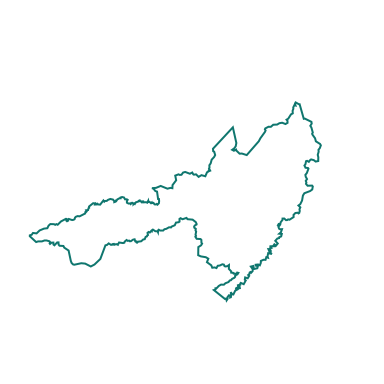 the district of Vinces, Los Rios, Ecuador, rotated 218°
{"feature_id": "8360857B65824722348178", "entity_name": "Vinces", "entity_type": "district", "adm_level": 2, "iso_a3": "ECU", "parent_name": "Ecuador", "parent_adm1": "Los Rios", "projection": "natural_earth1", "projection_center": [-79.685, -1.523], "detail": "fine", "context": "isolated", "style": "outline", "palette": "teal", "viewbox_px": 384, "rotation_deg": 218, "n_neighbors": 0, "source": "geoboundaries", "source_scale": "gbopen_adm2", "svg_char_len": 6012}
<svg xmlns="http://www.w3.org/2000/svg" viewBox="0 0 384 384"><g transform="rotate(218 192 192)"><path d="M242.2,145.8L244.0,145.0L244.9,143.7L244.4,143.1L245.3,142.4L246.3,140.1L246.1,138.3L246.7,138.2L246.4,137.1L247.0,136.2L247.5,136.9L249.6,137.4L252.1,136.2L253.4,134.0L253.7,132.5L255.1,131.3L255.2,130.4L256.6,130.8L256.6,125.5L258.5,124.3L259.2,124.5L259.4,123.7L260.7,123.7L260.5,123.1L261.1,123.2L261.2,122.7L261.6,123.2L263.0,122.3L264.2,117.2L263.3,116.2L263.6,115.6L262.8,113.8L264.0,112.6L263.4,112.4L263.7,111.4L263.1,111.4L263.3,109.6L263.0,109.2L265.6,103.6L267.3,102.6L268.3,100.9L268.4,99.8L267.8,98.3L268.2,97.2L269.2,96.1L272.5,94.9L272.6,93.7L272.0,93.1L272.5,92.0L273.4,92.1L274.2,93.5L274.8,93.3L277.1,88.2L277.7,83.5L279.1,83.2L279.6,81.9L280.9,81.7L283.9,79.5L284.3,77.2L283.7,74.4L286.1,72.0L288.4,67.9L289.0,63.7L292.1,61.8L292.0,59.6L293.1,58.0L292.6,57.3L284.0,56.6L282.8,58.4L279.9,60.6L278.4,63.0L276.9,64.2L274.0,65.4L272.9,65.2L272.6,63.9L271.9,63.7L271.5,65.6L270.1,66.8L268.8,65.3L267.6,65.3L267.2,69.3L266.2,70.1L264.7,68.4L263.3,68.1L260.1,70.3L258.4,69.5L253.2,69.9L245.2,63.2L243.3,62.0L241.2,61.7L240.0,62.2L235.4,67.7L232.1,69.8L225.9,71.0L224.2,74.8L223.0,82.8L227.4,96.7L226.4,97.9L226.0,100.2L223.2,100.5L222.7,101.5L222.0,101.7L222.2,102.4L221.5,103.1L220.6,102.8L219.7,104.2L218.2,104.7L218.6,105.1L218.1,105.8L218.4,107.3L214.9,109.3L214.1,110.4L214.5,111.4L214.0,113.9L212.6,113.9L211.6,115.0L210.7,114.9L209.9,115.6L209.1,118.2L208.1,119.4L206.4,118.2L205.5,118.8L204.9,118.1L204.1,118.2L203.8,119.8L201.7,121.9L201.2,124.6L200.2,125.7L200.9,128.1L200.2,129.3L200.5,130.0L200.2,131.0L201.9,132.4L201.6,133.8L200.3,134.1L200.2,136.1L199.4,136.2L200.0,137.6L199.7,138.3L196.8,138.5L194.9,139.8L194.1,139.4L195.1,140.9L195.0,141.8L193.4,142.0L191.0,143.9L190.8,145.7L189.6,147.1L188.4,150.0L186.7,151.2L186.8,152.1L185.1,155.2L185.8,158.0L183.9,160.0L183.6,161.0L185.3,163.1L184.9,164.3L182.7,164.7L180.4,168.2L178.8,167.8L174.5,170.6L170.5,170.6L168.6,169.6L168.4,169.2L169.2,167.3L169.0,166.0L168.2,165.3L166.3,165.3L165.6,163.9L164.4,163.4L162.9,160.5L161.8,159.9L161.8,158.8L159.5,158.0L156.3,160.2L155.1,160.0L153.3,157.8L152.3,157.6L152.0,155.6L153.1,152.5L148.2,146.0L145.4,146.7L141.0,149.1L138.1,149.5L137.0,145.9L131.7,146.1L129.4,144.8L127.7,146.5L125.9,147.1L126.3,149.7L124.8,151.2L123.6,153.7L122.2,154.4L120.7,153.6L119.8,153.9L118.5,155.3L117.9,157.2L115.6,154.1L112.3,153.6L111.5,152.6L109.8,153.6L109.0,153.3L108.2,154.1L107.1,154.2L106.6,155.2L106.8,156.3L105.7,156.8L105.5,155.1L106.6,152.8L105.8,151.8L105.8,150.5L106.9,148.3L107.0,146.5L107.8,145.5L107.8,143.5L109.5,140.7L109.8,138.6L112.1,136.9L113.1,134.4L113.3,131.7L114.2,130.6L113.5,130.1L113.6,129.5L114.4,128.2L100.2,128.0L99.5,129.1L98.0,127.9L98.1,129.5L99.3,131.2L99.3,133.4L97.9,133.9L97.0,132.4L96.6,133.0L97.6,134.8L99.8,136.9L97.2,136.2L96.3,136.7L97.2,140.8L96.3,142.9L97.8,142.9L98.0,143.4L97.8,144.0L95.9,144.8L95.1,145.7L96.2,146.7L97.1,145.5L98.4,146.8L96.9,148.7L97.6,149.6L97.6,150.4L94.5,151.2L95.2,155.4L96.4,155.4L97.5,157.4L95.0,158.3L95.3,161.1L96.6,161.2L96.3,162.7L97.0,164.1L96.6,165.0L95.7,164.8L95.5,166.9L96.7,168.6L99.7,169.5L98.1,171.5L95.8,169.4L93.6,172.1L94.4,174.1L96.3,173.3L97.0,173.9L95.3,175.6L93.4,176.0L94.1,178.4L95.3,180.1L93.8,182.8L92.3,183.8L93.3,186.4L91.7,187.0L92.9,187.8L94.3,190.7L90.9,192.3L92.7,192.4L93.3,193.3L94.5,192.8L96.4,193.9L94.7,194.6L95.9,195.2L95.0,196.8L96.4,196.9L96.8,197.5L94.8,199.2L94.9,201.5L93.7,201.5L93.4,200.2L92.8,200.7L92.7,204.2L96.3,204.8L96.1,207.9L95.0,209.3L95.4,210.1L94.4,211.9L95.4,214.2L97.5,212.9L97.1,214.9L98.2,218.1L99.6,216.9L100.8,216.7L102.6,217.9L102.4,219.2L103.8,218.8L104.0,220.2L102.7,221.2L103.5,222.7L103.5,225.7L104.3,226.8L103.0,227.9L100.6,227.7L99.7,228.5L99.4,229.6L98.1,230.2L96.5,234.8L97.9,236.5L97.6,239.1L95.9,240.8L94.9,240.7L94.6,241.5L95.4,243.4L96.7,244.6L97.2,246.6L99.8,246.9L99.2,249.1L100.0,253.0L102.4,257.5L102.7,260.2L99.5,265.5L98.8,268.0L100.2,270.7L101.3,271.0L104.8,268.1L107.2,268.6L107.7,269.9L109.2,270.8L109.3,273.0L111.7,274.0L113.2,275.3L113.2,277.7L114.6,282.1L115.4,282.3L117.5,281.0L119.7,282.1L119.7,283.7L121.1,286.5L120.5,287.4L118.5,287.7L118.6,289.6L118.2,291.0L115.6,292.1L113.3,292.1L111.6,294.1L113.9,297.2L115.8,298.7L117.0,301.7L118.3,303.1L118.3,305.3L119.2,308.1L120.7,308.7L125.6,308.2L128.1,310.1L132.5,311.4L133.2,311.9L133.4,313.2L137.6,316.3L139.5,317.0L139.8,319.6L141.1,320.8L148.3,319.3L149.0,318.5L161.2,327.4L161.6,327.0L165.5,326.4L165.3,325.1L163.7,323.9L164.8,323.5L164.3,321.0L163.4,320.0L162.7,317.9L161.0,316.0L161.8,314.1L161.3,309.0L162.0,307.2L160.6,306.9L159.3,305.3L160.2,303.1L163.6,302.1L165.5,300.0L166.4,297.6L169.4,295.0L170.0,291.9L171.9,290.5L173.4,287.2L173.1,286.2L171.9,285.8L171.5,284.3L171.2,276.4L170.6,273.1L171.6,254.8L176.4,253.0L178.1,251.5L182.8,252.0L183.3,252.5L184.4,250.3L186.3,250.0L185.6,252.4L185.7,254.9L187.2,257.9L199.6,268.1L202.1,239.0L200.4,237.2L199.3,237.4L196.5,235.4L196.1,233.2L196.4,229.6L194.9,226.0L194.8,223.8L193.2,221.9L193.1,221.0L190.8,220.0L191.2,219.3L191.4,219.8L192.1,219.4L191.8,217.9L192.3,216.8L191.2,212.6L194.9,211.1L196.1,208.0L199.7,208.4L201.2,206.8L201.9,206.7L203.8,207.5L204.9,205.1L209.7,203.6L211.0,201.8L210.9,199.1L212.2,197.9L213.5,197.6L215.3,194.6L211.7,191.5L211.6,185.5L209.8,182.9L211.5,182.0L213.4,179.5L220.4,177.5L222.9,173.1L225.9,170.4L224.3,170.9L221.5,170.2L219.8,170.8L214.4,165.6L213.7,166.1L212.3,164.6L211.2,162.8L211.4,160.8L212.4,160.9L212.7,160.0L213.9,159.2L215.7,159.7L217.0,158.3L217.4,158.8L217.7,157.9L219.4,158.1L220.2,157.2L221.1,158.1L220.7,156.0L221.9,155.7L223.8,154.0L224.6,154.6L225.5,153.9L225.3,153.0L226.9,153.1L227.5,152.6L228.1,153.1L228.6,152.2L228.5,151.3L229.9,149.3L229.7,147.5L230.3,147.6L230.5,146.5L230.8,147.0L232.2,146.8L232.4,145.9L233.1,145.9L233.1,144.8L233.6,145.0L234.9,143.8L236.7,143.5L237.6,144.6L237.9,146.2L238.9,146.1L240.2,145.0L242.2,145.8Z" fill="none" stroke="#0f766e" stroke-width="2"/></g></svg>